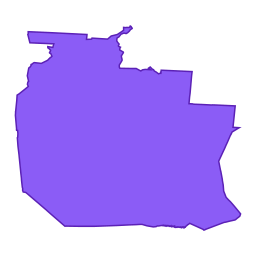 the district of Popes pag., Ventspils, Latvia
{"feature_id": "27541924B60510236800280", "entity_name": "Popes pag.", "entity_type": "district", "adm_level": 2, "iso_a3": "LVA", "parent_name": "Latvia", "parent_adm1": "Ventspils", "projection": "natural_earth1", "projection_center": [21.892, 57.437], "detail": "fine", "context": "isolated", "style": "filled", "palette": "violet", "viewbox_px": 256, "rotation_deg": 0, "n_neighbors": 0, "source": "geoboundaries", "source_scale": "gbopen_adm2", "svg_char_len": 4887}
<svg xmlns="http://www.w3.org/2000/svg" viewBox="0 0 256 256"><path d="M64.9,226.2L66.1,226.1L78.9,226.3L94.5,226.3L116.6,225.5L128.9,224.9L136.7,224.6L138.0,224.5L139.8,224.4L142.1,224.4L146.9,225.8L153.3,226.9L156.2,226.6L156.6,226.3L157.7,225.9L158.8,226.0L160.1,225.7L161.7,225.5L162.0,225.5L162.4,225.6L162.5,225.6L162.8,225.4L162.9,225.5L163.1,225.5L163.0,225.3L163.1,225.2L163.2,225.3L163.3,225.4L163.3,225.5L163.8,225.4L164.3,225.4L164.3,225.5L164.2,225.6L164.5,225.6L164.4,225.7L164.6,225.7L164.7,225.9L164.8,225.9L164.9,225.7L165.2,225.6L165.2,225.8L165.3,225.9L165.4,226.0L165.5,225.9L165.8,225.9L165.8,225.7L166.2,225.8L166.3,225.7L166.5,226.0L166.6,225.9L166.9,225.8L167.0,225.9L167.2,225.7L167.3,225.6L167.5,225.7L167.8,225.6L167.9,225.9L168.0,225.9L167.9,226.0L168.2,226.0L168.3,226.0L168.3,225.9L168.6,225.8L168.9,226.0L169.2,226.1L169.3,226.1L169.6,226.2L169.8,226.1L169.9,226.3L170.2,226.2L170.4,226.1L170.5,226.1L170.4,226.2L170.3,226.3L170.6,226.3L170.7,226.2L170.7,226.3L171.0,226.4L171.0,226.5L171.5,226.7L171.5,226.4L171.8,226.4L171.9,226.2L172.0,226.2L172.0,226.3L172.4,226.2L172.5,226.1L172.9,226.2L173.1,226.2L173.0,226.4L173.4,226.3L173.2,226.5L173.7,226.7L173.9,226.6L174.0,226.9L174.2,227.0L174.4,226.9L174.4,227.0L174.6,227.1L174.5,227.3L174.7,227.1L174.8,227.1L174.9,227.3L175.1,227.3L175.1,227.2L175.3,227.3L175.4,227.2L175.5,227.1L175.8,227.3L175.9,227.2L176.0,227.2L176.4,227.3L176.6,227.1L176.8,227.1L176.9,227.3L177.0,227.3L177.0,227.2L177.2,226.9L177.4,226.9L177.5,227.0L177.9,227.0L178.1,226.9L178.3,227.1L178.6,227.1L178.8,227.2L179.2,227.1L179.5,227.1L179.8,227.3L180.0,227.2L180.0,227.3L180.3,227.3L180.2,227.2L180.3,227.1L180.6,227.2L180.5,227.3L180.8,227.2L180.8,227.3L181.0,227.3L181.2,227.2L181.4,227.2L181.6,227.2L181.6,227.3L181.7,227.2L181.8,227.2L182.0,227.3L182.0,227.1L182.1,227.3L182.3,227.3L182.5,227.1L183.2,227.1L183.1,226.9L183.4,226.9L183.5,226.9L183.6,227.0L183.8,227.0L184.0,227.1L184.0,227.3L184.2,227.1L184.4,227.1L184.3,227.3L184.2,227.3L184.3,227.5L184.5,227.2L184.7,227.4L184.9,227.3L185.0,227.2L185.3,227.2L185.4,226.9L185.5,226.8L185.7,226.6L185.8,226.4L186.2,226.0L186.6,225.8L187.0,225.3L187.5,225.0L187.6,224.8L187.8,224.6L188.4,224.4L188.8,224.1L189.7,223.3L203.4,229.5L203.6,230.0L204.6,230.0L205.5,229.4L217.4,224.9L224.1,222.4L225.9,222.1L229.4,221.2L234.8,220.0L235.5,219.7L237.7,217.8L238.1,217.6L239.8,216.2L240.6,213.9L239.0,211.9L234.3,206.2L230.4,201.7L228.3,199.7L226.1,197.3L223.8,191.4L223.7,191.3L223.2,185.0L222.4,180.5L222.3,179.3L220.8,171.3L220.7,171.3L218.7,161.2L222.9,152.1L224.7,148.3L225.9,145.5L227.3,142.5L230.1,136.0L231.1,133.9L231.2,134.0L232.1,132.0L239.2,127.7L233.0,127.3L235.2,105.9L215.6,105.0L212.5,104.9L211.4,105.0L201.7,104.5L193.6,104.2L192.7,103.9L189.0,103.7L189.6,96.9L190.1,93.1L191.6,75.7L192.1,71.6L161.2,70.2L161.0,72.2L160.7,72.2L160.8,73.3L160.1,73.3L158.5,73.8L156.1,72.0L154.3,71.0L153.5,69.6L152.6,69.4L150.2,67.0L148.5,68.2L150.4,69.7L145.3,69.4L142.6,69.8L140.9,70.9L140.6,70.9L136.2,68.5L132.6,68.5L119.9,68.3L119.3,67.1L119.3,65.0L120.5,63.1L122.1,60.3L122.1,60.1L122.0,58.9L121.8,58.6L121.8,58.2L121.5,57.2L121.4,56.2L121.4,55.8L121.6,55.5L122.0,54.9L122.9,53.4L123.3,52.8L123.4,52.6L123.2,52.0L123.0,51.8L122.5,51.6L120.1,50.2L119.8,50.0L119.7,49.3L119.8,49.0L119.9,48.2L120.2,47.8L120.5,47.2L118.7,46.4L118.5,46.2L118.4,45.9L118.4,45.7L119.1,44.1L119.0,43.9L118.0,42.8L117.3,41.8L116.8,41.0L116.8,40.6L116.8,40.2L116.8,39.5L116.9,39.2L117.0,38.3L117.1,38.0L117.4,37.8L118.9,36.9L121.1,34.1L121.3,34.0L121.8,34.0L122.7,33.5L124.1,33.1L125.8,33.5L126.3,33.5L127.5,32.8L127.9,32.5L128.6,31.8L129.3,31.2L130.5,29.5L131.8,28.8L132.2,28.4L132.1,28.0L131.7,27.7L131.1,26.6L130.9,26.4L130.4,26.0L130.2,26.0L130.0,26.5L129.6,27.4L128.0,27.5L127.0,27.4L125.6,27.6L123.6,27.4L123.6,30.2L121.6,31.7L117.3,34.5L111.2,36.0L107.6,39.1L92.0,38.1L91.7,39.0L91.2,39.2L86.5,39.4L86.9,35.8L87.0,34.5L49.2,32.6L44.3,32.4L28.2,31.7L28.2,33.8L27.8,34.4L29.9,42.8L36.8,43.1L48.6,43.6L51.1,43.8L51.1,43.7L53.8,43.8L52.8,47.4L47.8,46.6L47.8,47.5L48.2,48.1L48.3,48.3L48.7,48.4L49.1,48.7L49.9,49.6L50.4,49.9L50.6,50.3L50.3,51.3L49.5,52.5L49.6,53.0L49.9,53.2L50.8,53.6L51.0,54.1L51.3,54.9L51.5,55.2L51.7,55.6L51.9,56.4L51.1,57.1L50.2,57.5L49.8,58.2L49.2,58.6L48.0,59.9L47.5,60.3L46.8,60.7L41.3,63.4L34.3,62.6L34.0,62.7L33.8,62.8L33.0,63.3L32.3,64.0L31.3,64.3L31.0,64.6L31.1,65.5L30.1,67.0L29.0,67.7L28.7,68.3L27.3,75.8L28.6,81.4L27.9,82.0L27.4,84.3L28.3,86.4L27.3,87.3L18.9,94.0L17.1,95.1L16.8,100.1L15.7,111.0L15.5,112.0L15.6,112.4L15.5,113.9L15.4,115.3L16.6,129.2L16.5,129.3L16.6,130.3L17.6,130.4L17.9,133.6L17.7,137.2L17.3,137.3L17.3,137.2L18.0,146.5L19.0,154.7L19.2,156.9L20.6,170.7L20.8,172.9L21.4,178.1L21.5,180.0L22.3,187.2L22.5,187.9L22.7,188.6L22.6,190.3L23.2,192.0L25.6,192.4L26.1,192.7L45.4,209.2L50.7,213.9L64.9,226.2Z" fill="#8b5cf6" stroke="#5b21b6" stroke-width="1.5"/></svg>